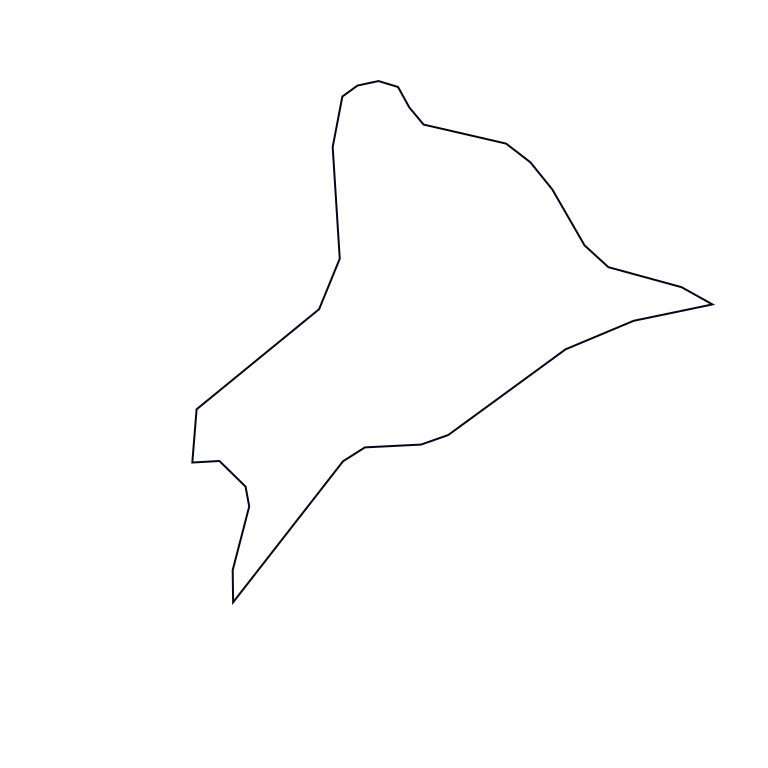 Seine-Saint-Denis, Natural Earth projection, rotated 308°
{"feature_id": "FRA-5344", "entity_name": "Seine-Saint-Denis", "entity_type": "Metropolitan department", "adm_level": 1, "iso_a3": "FRA", "parent_name": "France", "parent_adm1": "", "projection": "natural_earth1", "projection_center": [2.47, 48.909], "detail": "fine", "context": "isolated", "style": "outline", "palette": "ink", "viewbox_px": 768, "rotation_deg": 308, "n_neighbors": 0, "source": "natural_earth", "source_scale": "10m", "svg_char_len": 550}
<svg xmlns="http://www.w3.org/2000/svg" viewBox="0 0 768 768"><g transform="rotate(308 384 384)"><path d="M119.1,399.5L144.1,379.4L204.5,353.2L217.9,338.1L222.0,301.7L204.1,281.3L248.7,251.9L403.0,286.8L455.5,272.0L539.1,197.7L584.9,174.2L602.9,179.4L619.3,193.1L626.7,212.2L617.5,233.7L612.8,255.5L648.6,332.2L648.8,362.9L640.9,396.9L616.7,456.7L614.2,488.9L643.5,558.9L648.9,593.8L587.5,541.8L523.1,505.7L455.7,486.6L455.4,486.5L383.3,466.0L359.1,450.5L322.3,408.0L298.0,399.3L119.1,399.5Z" fill="none" stroke="#020617" stroke-width="2"/></g></svg>